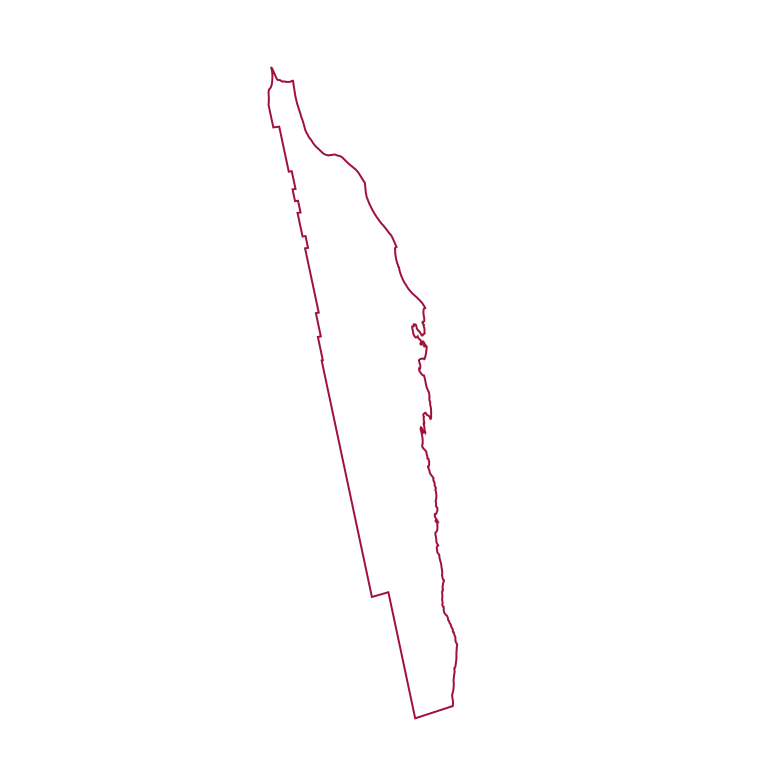 North Slope, Alaska, United States of America (Robinson projection), rotated 78°
{"feature_id": "52423323B80059195101619", "entity_name": "North Slope", "entity_type": "district", "adm_level": 2, "iso_a3": "USA", "parent_name": "United States of America", "parent_adm1": "Alaska", "projection": "robinson", "projection_center": [-153.874, 69.676], "detail": "fine", "context": "isolated", "style": "outline", "palette": "rose", "viewbox_px": 768, "rotation_deg": 78, "n_neighbors": 0, "source": "geoboundaries", "source_scale": "gbopen_adm2", "svg_char_len": 6080}
<svg xmlns="http://www.w3.org/2000/svg" viewBox="0 0 768 768"><g transform="rotate(78 384 384)"><path d="M717.5,423.0L713.3,383.7L710.2,382.7L707.8,382.4L705.5,382.4L702.2,382.0L699.6,380.6L697.5,379.7L694.7,378.8L691.3,378.0L688.3,377.6L684.3,376.3L680.1,374.7L676.7,374.4L676.5,373.8L675.3,373.0L674.1,372.5L667.6,370.2L662.6,369.2L657.0,367.6L655.2,367.1L654.3,366.6L653.6,366.7L651.8,367.3L650.1,367.5L646.1,366.8L645.1,367.2L642.8,367.3L641.3,367.5L641.3,367.9L640.0,368.1L638.4,367.7L637.7,367.8L636.9,368.3L635.1,368.7L633.4,368.8L632.4,369.0L631.4,369.5L629.4,369.7L628.8,370.0L628.6,370.2L626.0,370.2L624.3,370.4L623.5,370.8L622.9,371.4L620.3,372.6L619.0,372.7L617.3,372.6L615.9,372.2L614.3,372.0L614.2,372.0L614.1,372.5L613.1,372.8L611.8,372.9L610.9,372.3L610.3,372.2L606.1,371.8L605.6,371.7L605.0,371.3L604.2,371.0L602.1,370.8L600.1,370.5L599.4,370.4L598.5,370.0L598.5,369.6L597.5,369.1L597.1,369.1L595.6,369.1L594.5,368.8L590.9,367.5L590.3,367.0L590.1,366.8L588.8,366.3L588.4,366.2L588.0,366.7L586.9,367.0L584.7,367.0L582.4,366.9L581.9,366.5L580.4,366.2L576.9,365.8L576.3,365.9L574.3,365.8L573.4,365.6L571.9,365.5L568.9,365.7L566.2,365.9L562.3,365.5L561.7,366.0L559.7,366.8L555.4,366.5L554.9,366.4L553.9,365.8L553.6,365.2L553.5,364.9L553.2,364.5L550.6,365.5L549.7,365.6L548.5,365.5L546.6,365.1L543.0,365.0L542.2,365.1L540.0,364.5L538.6,362.6L537.4,362.1L534.9,361.4L531.9,361.0L531.6,360.9L531.6,360.7L531.1,360.5L530.4,360.6L530.3,361.2L529.7,361.7L528.8,362.1L528.2,361.8L528.0,361.1L528.7,360.3L527.3,360.7L527.0,360.9L525.0,361.7L523.5,361.8L522.5,361.6L522.1,361.4L521.8,361.2L522.1,360.6L521.8,360.0L519.1,358.2L518.3,357.9L516.8,357.7L516.1,357.7L516.1,357.8L515.3,358.2L513.8,358.5L512.0,357.9L510.2,357.8L509.5,357.9L506.3,356.5L503.8,355.9L500.4,355.6L498.3,355.7L497.8,355.7L497.4,355.3L496.7,354.8L495.5,355.1L494.8,355.4L494.1,355.5L493.7,355.5L492.0,355.3L491.7,355.1L490.3,355.2L489.7,355.5L487.9,355.7L487.7,355.7L486.5,355.1L481.3,357.4L480.6,357.6L477.9,357.6L474.1,358.3L473.5,357.7L473.7,357.4L472.7,356.7L470.7,356.3L470.1,356.0L466.5,356.1L466.4,356.6L465.6,357.1L464.5,356.7L463.4,356.6L462.4,356.9L461.6,357.0L460.4,356.7L459.2,356.7L458.3,357.0L457.5,357.5L456.8,357.7L455.9,358.6L454.7,358.9L454.3,359.4L451.8,359.5L450.5,358.6L446.8,357.8L444.0,357.5L438.2,357.4L436.7,357.5L435.9,357.6L435.3,357.5L434.1,356.9L434.4,356.6L434.8,356.3L437.2,355.9L438.4,355.9L439.6,355.6L439.4,355.3L438.8,354.9L439.7,354.1L440.4,353.8L440.2,353.7L439.8,353.6L439.1,353.7L438.4,353.9L437.3,353.9L435.7,353.6L433.3,353.4L432.0,353.5L431.0,353.4L431.2,353.0L430.7,352.7L430.1,352.6L427.6,352.6L426.0,352.4L424.3,351.8L424.1,351.8L423.7,352.1L422.1,351.9L421.8,351.6L421.1,350.7L420.7,349.5L420.8,349.3L423.1,348.5L423.3,348.0L425.4,346.2L426.0,346.0L427.7,345.9L427.8,345.8L427.9,345.7L426.9,344.9L423.7,344.3L422.9,344.0L417.4,343.1L412.9,343.1L411.4,342.5L409.8,343.0L409.2,342.8L407.4,342.7L406.6,342.5L406.2,342.1L401.4,341.8L398.4,342.6L395.2,343.0L390.7,343.0L389.6,342.9L385.1,343.0L384.0,343.2L384.0,343.5L383.6,344.0L383.0,344.6L382.5,345.0L380.6,345.9L379.1,346.4L378.1,346.7L377.8,346.7L376.3,346.5L376.7,345.9L376.6,345.6L375.8,345.2L373.5,344.6L371.6,344.7L369.8,345.0L368.0,344.9L367.2,343.5L367.1,342.2L367.1,340.5L367.5,340.0L368.1,339.6L367.8,339.0L366.9,338.4L362.9,336.6L358.8,335.2L356.6,334.5L355.8,334.6L355.2,335.1L355.7,335.8L355.8,336.3L355.7,336.6L355.5,336.9L354.6,337.0L354.3,336.9L353.8,336.1L353.7,335.9L353.7,335.7L350.9,336.6L350.4,337.0L350.5,337.2L352.9,338.4L353.2,338.8L353.3,339.2L353.3,339.4L353.1,339.7L352.5,340.1L352.3,340.1L352.0,340.0L350.9,339.1L350.8,338.8L348.7,339.1L348.2,339.5L347.7,339.9L347.2,340.3L345.9,341.0L344.4,341.2L344.9,341.9L345.1,342.4L345.1,343.0L345.0,343.3L344.6,343.8L343.6,344.2L341.1,344.9L338.9,344.7L335.5,344.8L333.8,344.5L334.1,344.0L333.4,342.7L331.9,342.6L331.8,342.4L332.7,341.9L332.3,341.0L332.8,340.5L335.3,340.3L336.5,340.4L338.2,339.7L339.5,338.9L339.7,338.6L341.3,337.9L343.6,337.3L344.6,336.6L344.5,336.1L343.3,335.1L343.2,334.7L343.2,333.9L342.7,333.7L338.4,333.0L337.3,332.9L336.7,333.1L335.3,333.1L334.4,332.6L333.5,333.3L331.9,333.7L331.3,333.3L331.5,332.9L331.7,332.7L330.6,331.4L327.1,330.9L324.4,330.9L323.6,330.8L322.4,330.6L319.4,329.8L319.2,329.7L318.5,329.0L318.3,327.9L316.4,328.4L312.3,330.0L308.4,332.4L305.6,334.3L301.1,337.6L296.7,340.0L294.6,340.9L289.4,342.8L287.8,343.3L286.0,343.8L281.2,344.7L278.0,345.1L275.7,345.2L272.8,345.1L272.5,345.5L271.6,345.7L270.3,345.6L268.8,346.0L267.5,345.9L265.4,346.2L262.7,346.1L258.1,345.8L255.2,345.2L254.0,345.2L253.1,344.6L252.6,343.3L243.6,345.1L240.5,345.9L236.7,347.9L233.7,349.3L230.0,351.1L225.8,353.5L219.0,356.5L215.6,357.8L210.4,359.4L204.5,360.9L199.5,361.7L197.9,362.1L196.6,362.0L194.2,362.0L192.0,361.9L183.3,360.9L182.0,361.4L181.8,361.6L179.0,362.5L178.9,362.6L174.6,364.1L171.3,365.4L168.5,367.0L167.7,367.5L166.4,368.7L165.5,369.2L164.2,370.4L161.4,372.6L159.3,374.0L158.2,374.9L157.5,375.2L153.3,378.0L152.4,379.1L151.5,380.5L150.5,382.7L150.2,382.9L149.5,384.0L149.2,384.8L149.1,388.0L148.8,390.1L149.0,390.3L148.5,391.7L148.1,392.6L147.2,394.0L146.0,395.3L145.4,395.9L140.4,399.2L138.1,401.0L134.9,402.7L133.0,403.5L130.3,404.4L128.5,405.4L126.4,406.3L123.9,406.9L122.3,407.5L121.5,407.7L119.1,408.2L112.0,408.6L108.7,408.9L104.6,409.5L102.8,409.5L100.6,409.8L91.3,410.7L86.2,410.8L84.9,410.9L68.5,410.0L68.3,410.2L68.3,410.6L68.8,412.6L68.9,413.4L68.2,416.9L67.8,417.3L67.2,419.1L67.1,420.0L67.2,420.3L66.9,420.8L66.6,421.1L65.1,422.6L64.8,424.0L64.7,424.3L64.0,425.0L63.6,425.2L62.7,425.6L54.0,427.4L51.6,428.0L50.5,428.6L54.3,428.4L58.5,428.9L61.7,429.6L65.8,430.8L68.3,431.8L70.5,433.2L71.7,434.6L72.1,435.3L74.7,436.3L76.9,436.7L79.4,437.0L84.3,438.1L87.0,438.9L110.0,438.9L110.5,433.0L156.5,433.0L156.7,430.0L174.8,430.0L174.6,433.0L186.7,433.0L186.9,430.0L198.9,430.0L198.7,433.0L222.8,433.0L223.0,430.0L235.0,430.0L234.9,433.0L300.6,433.0L300.5,435.9L324.3,435.9L324.2,438.9L348.0,438.9L348.0,440.1L589.8,440.1L588.6,423.0L717.5,423.0Z" fill="none" stroke="#9f1239" stroke-width="2"/></g></svg>